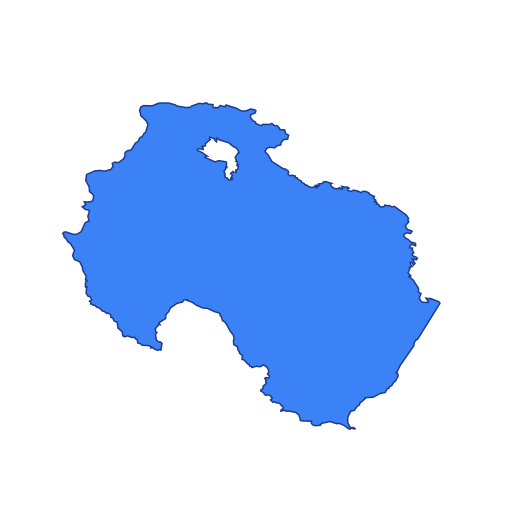 Sukabumi, Jawa Barat, Indonesia, rotated 293°
{"feature_id": "22746128B66929526216355", "entity_name": "Sukabumi", "entity_type": "district", "adm_level": 2, "iso_a3": "IDN", "parent_name": "Indonesia", "parent_adm1": "Jawa Barat", "projection": "equal_earth", "projection_center": [106.689, -7.076], "detail": "fine", "context": "isolated", "style": "filled", "palette": "blue", "viewbox_px": 512, "rotation_deg": 293, "n_neighbors": 0, "source": "geoboundaries", "source_scale": "gbopen_adm2", "svg_char_len": 6121}
<svg xmlns="http://www.w3.org/2000/svg" viewBox="0 0 512 512"><g transform="rotate(293 256 256)"><path d="M181.8,90.2L181.8,96.0L178.0,100.4L174.8,102.5L171.0,107.6L167.5,108.3L167.6,109.6L166.9,110.3L166.4,109.4L163.9,109.7L161.6,110.9L161.5,112.1L160.9,111.3L160.5,112.6L155.4,114.1L153.4,117.1L153.7,119.1L152.6,120.7L151.4,121.9L149.4,120.4L148.9,122.0L147.2,122.6L147.6,123.8L147.0,125.4L147.8,126.8L146.7,129.1L146.9,132.5L145.3,136.2L145.7,137.9L144.8,141.1L145.7,142.0L145.3,144.6L144.3,146.1L142.8,146.4L143.0,148.3L140.7,150.9L140.8,154.1L135.7,157.2L134.0,162.4L130.5,164.6L130.3,166.7L132.2,168.9L132.5,173.8L133.3,174.6L133.4,176.7L132.8,176.9L132.5,179.4L129.8,181.1L130.0,184.7L129.3,186.1L131.6,192.1L131.5,195.1L130.3,195.1L131.6,197.0L130.9,197.5L130.6,201.3L130.9,202.7L131.9,203.0L132.2,205.2L138.9,203.6L139.5,201.6L138.9,199.6L139.8,197.1L144.5,194.1L147.0,194.6L147.2,193.2L149.9,191.7L154.8,193.3L155.2,194.5L156.2,193.0L156.9,193.0L163.2,197.2L166.9,196.0L170.7,197.4L174.8,197.5L181.7,201.9L184.8,206.3L187.4,206.8L188.9,210.0L188.3,211.1L188.5,210.1L188.2,209.9L188.5,215.3L187.5,219.8L187.3,227.1L188.8,231.5L188.6,239.6L189.2,245.1L187.1,246.3L186.5,247.9L183.3,250.6L183.2,252.7L181.8,255.3L176.8,261.5L174.5,265.8L171.7,268.1L169.2,268.3L165.7,270.2L165.2,274.3L162.3,276.2L161.3,278.3L160.0,278.7L159.2,282.2L155.3,283.6L155.7,285.5L153.4,290.6L153.4,292.2L152.2,293.1L152.4,295.1L151.7,295.7L154.7,299.5L155.6,303.0L158.7,305.5L158.1,309.0L156.4,311.7L154.2,313.0L151.8,312.7L150.9,315.2L149.5,315.7L148.8,315.3L148.0,312.6L146.6,311.9L146.0,313.6L144.1,314.0L142.9,315.3L138.9,313.4L136.1,314.3L134.9,312.8L133.6,313.2L133.1,316.8L132.2,317.4L131.6,319.5L133.0,321.4L133.1,323.4L131.3,326.6L129.2,325.5L127.9,328.8L129.0,329.8L128.8,332.0L129.7,335.3L128.1,338.0L128.1,339.3L126.0,340.7L124.0,339.2L122.9,339.5L125.1,342.3L124.9,344.3L126.3,347.4L127.5,353.5L126.7,357.1L123.6,360.3L122.3,360.6L121.9,361.8L125.5,371.7L123.7,372.3L122.8,374.0L122.8,376.4L125.3,381.4L127.5,381.7L132.5,388.7L133.2,396.1L134.2,397.2L134.5,399.5L134.5,403.2L133.1,409.1L133.6,410.5L134.7,410.4L135.5,415.3L136.3,412.9L135.2,411.0L135.4,409.0L138.7,405.4L143.6,403.4L150.1,403.9L152.3,406.8L156.9,407.8L159.4,409.4L161.1,409.1L167.7,412.4L168.3,411.9L171.7,419.0L178.0,424.0L180.9,428.3L185.0,428.6L186.0,430.0L187.7,430.0L189.9,431.6L193.3,432.0L195.1,433.2L200.9,433.7L202.7,432.7L203.1,431.5L203.3,432.3L203.6,431.0L211.8,431.5L235.2,436.4L238.1,435.4L241.7,436.3L242.4,437.3L284.4,443.8L285.4,441.8L285.0,432.2L284.7,433.3L283.6,428.9L281.3,432.7L280.4,432.4L278.5,427.5L278.9,425.3L281.1,422.7L285.9,422.6L286.1,419.9L289.8,418.1L295.4,409.9L296.7,404.8L298.1,406.3L300.1,402.4L304.2,402.7L305.1,401.6L307.4,403.9L308.3,401.9L310.4,400.5L311.2,401.6L309.2,404.5L311.3,405.3L314.3,401.2L315.2,405.1L316.9,405.5L317.4,404.7L317.4,400.1L319.1,399.0L320.5,400.0L322.5,397.6L324.4,397.0L323.6,394.8L324.5,393.8L327.6,394.4L327.7,398.9L330.0,397.9L329.4,392.8L330.5,390.4L330.8,387.0L332.2,384.2L333.9,383.7L336.5,386.3L337.0,389.4L339.5,390.0L340.0,389.3L339.5,385.0L342.0,381.6L347.1,383.3L348.4,381.7L350.1,381.8L352.3,378.6L355.7,364.2L354.3,361.6L354.5,358.7L353.4,357.3L353.4,354.8L351.4,354.5L349.7,351.6L351.4,348.3L350.8,346.5L352.1,346.7L352.8,345.6L352.2,344.0L354.2,344.5L355.1,341.6L357.2,341.7L357.0,339.2L357.6,335.7L358.3,335.1L358.3,331.9L357.3,329.0L355.4,328.1L355.5,323.6L354.6,319.9L352.6,318.3L352.3,314.9L354.0,314.2L354.8,315.1L355.2,312.8L354.4,312.1L353.6,307.8L352.6,309.0L351.7,308.0L351.1,308.8L350.8,306.6L351.5,306.2L349.9,304.9L348.7,301.9L349.7,297.6L351.4,296.5L352.4,297.4L351.8,291.7L350.6,289.1L348.9,289.0L346.7,285.3L345.3,285.3L345.3,286.5L344.0,285.6L344.4,284.5L342.7,285.4L342.5,284.5L343.4,284.4L343.9,282.9L342.6,283.1L340.7,280.2L340.5,276.3L341.2,275.0L340.5,273.0L341.5,272.2L341.5,269.5L342.7,268.5L343.0,264.4L344.1,263.6L343.4,261.5L345.0,261.0L344.5,257.7L344.0,257.8L343.2,255.2L344.2,253.1L345.8,253.4L347.2,251.8L346.9,249.8L347.6,249.3L347.0,246.9L349.2,233.7L353.8,227.7L355.6,223.4L359.1,223.8L361.4,226.0L363.0,231.1L365.6,232.2L367.9,235.4L369.7,234.8L373.7,235.7L375.9,239.4L380.0,238.8L380.2,235.7L383.3,232.9L381.6,228.4L382.7,227.8L383.9,225.5L384.1,223.9L383.2,222.3L384.2,218.8L382.6,217.4L379.7,210.7L377.8,209.6L377.9,204.0L379.2,203.2L379.4,200.4L381.2,196.9L384.0,195.8L387.4,199.4L389.8,199.1L390.1,197.7L389.2,193.6L385.8,190.3L383.8,186.3L384.3,179.7L383.3,169.4L381.2,169.0L380.5,164.2L377.4,163.0L377.0,160.6L376.1,159.9L376.3,158.0L378.6,157.3L377.1,152.8L377.7,150.6L375.4,147.6L374.2,143.9L368.6,137.9L367.1,137.4L365.2,133.3L363.2,124.7L363.6,122.5L362.7,116.0L360.0,109.4L358.4,106.4L353.8,101.9L350.5,93.8L348.3,91.8L344.6,91.9L340.1,95.4L337.2,102.6L334.5,105.3L326.3,106.1L325.3,105.1L321.5,104.7L319.6,102.9L315.3,102.7L312.9,100.9L305.0,99.7L302.2,96.1L299.9,95.1L296.5,96.4L293.2,95.9L288.3,93.0L287.0,88.9L285.1,87.6L282.6,89.3L279.1,88.7L274.8,83.3L274.0,79.4L271.5,74.6L264.8,68.2L258.9,69.8L254.5,75.4L250.2,77.6L248.9,82.0L246.8,83.5L242.6,84.1L239.8,79.9L238.8,76.7L236.6,79.3L233.4,76.8L232.2,80.7L232.8,83.7L232.2,85.1L226.9,85.7L222.8,88.8L222.1,87.4L219.4,85.7L210.2,85.6L206.3,83.0L204.6,79.6L203.9,71.6L202.9,69.9L201.2,69.3L200.5,70.7L198.4,72.0L197.6,74.6L195.4,77.6L195.1,80.1L190.4,86.7L184.8,87.0L181.8,90.2ZM332.3,160.7L333.4,165.8L335.0,165.0L335.8,163.4L337.6,166.4L339.6,165.5L345.3,168.4L345.8,167.2L347.4,167.0L347.7,172.2L346.6,172.6L345.7,175.0L349.5,174.0L348.5,176.9L349.6,186.4L347.8,192.8L347.9,194.7L346.7,197.6L344.4,200.2L343.6,199.2L338.5,198.3L336.5,200.6L335.3,200.5L335.4,202.1L333.2,202.8L333.2,203.9L332.0,203.0L330.9,205.0L328.7,205.4L327.3,203.8L325.3,205.0L324.3,202.8L324.8,201.7L322.1,200.4L321.1,202.8L318.7,202.4L318.3,203.8L317.5,202.7L316.8,203.9L315.3,201.9L316.5,199.0L316.3,197.0L320.3,194.9L321.2,193.4L324.3,194.1L325.7,193.6L326.0,194.6L326.7,194.5L327.2,193.5L330.4,192.5L330.9,191.4L329.2,184.3L326.6,181.7L326.8,171.6L326.9,170.5L328.3,170.7L328.8,172.0L330.2,166.1L330.3,161.1L330.9,160.3L332.3,160.7Z" fill="#3b82f6" stroke="#1e3a8a" stroke-width="1.5"/></g></svg>